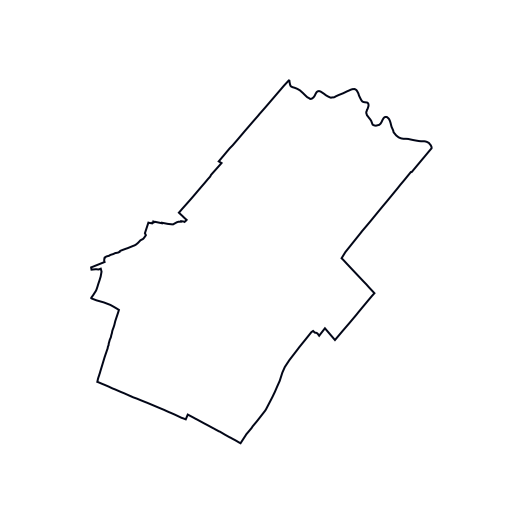 Foltesti, Galati, Romania (orthographic projection), rotated 312°
{"feature_id": "2599482B44549588747866", "entity_name": "Foltesti", "entity_type": "district", "adm_level": 2, "iso_a3": "ROU", "parent_name": "Romania", "parent_adm1": "Galati", "projection": "orthographic", "projection_center": [28.087, 45.725], "detail": "fine", "context": "isolated", "style": "outline", "palette": "ink", "viewbox_px": 512, "rotation_deg": 312, "n_neighbors": 0, "source": "geoboundaries", "source_scale": "gbopen_adm2", "svg_char_len": 5109}
<svg xmlns="http://www.w3.org/2000/svg" viewBox="0 0 512 512"><g transform="rotate(312 256 256)"><path d="M409.3,163.0L408.9,163.0L408.2,162.9L401.1,162.8L372.7,163.5L362.8,163.6L362.7,163.7L355.0,163.8L340.7,164.1L331.1,164.4L322.6,164.6L318.5,164.4L301.4,165.0L302.0,168.2L286.2,168.3L284.4,168.8L280.8,168.8L275.9,169.0L270.4,169.1L256.4,169.5L256.2,169.5L244.7,169.6L242.4,169.6L241.7,169.6L238.2,169.7L236.6,169.7L236.4,177.7L236.4,180.3L235.4,180.3L233.6,180.1L233.6,179.9L232.6,178.3L231.8,177.1L231.4,177.4L229.6,175.5L228.1,174.6L225.8,173.8L224.0,173.2L223.4,172.5L220.8,168.9L217.8,163.9L217.4,164.2L214.2,158.7L213.8,158.0L213.5,158.0L212.8,156.8L212.8,156.7L212.6,156.8L212.1,157.2L212.0,157.3L211.3,156.6L210.7,156.9L210.0,155.8L209.3,154.7L208.8,153.7L198.6,158.2L197.8,160.2L196.8,160.4L195.0,160.6L193.5,160.7L192.6,160.5L191.9,160.2L191.4,160.0L190.2,159.6L188.5,159.6L186.3,159.5L183.9,159.1L183.3,158.9L182.1,158.4L181.6,158.1L175.8,155.3L174.6,154.6L171.6,153.0L169.2,151.8L168.8,151.7L167.7,151.6L167.6,151.8L166.4,151.3L165.6,150.7L164.5,149.9L164.1,149.5L161.9,148.6L160.6,147.8L159.4,147.1L159.2,147.0L158.9,146.9L158.7,146.9L157.5,146.5L157.2,146.2L155.8,145.3L154.8,144.9L154.2,144.8L153.7,144.9L153.5,144.6L153.2,144.7L152.4,145.2L151.3,146.0L150.8,146.5L150.2,147.5L137.2,141.1L135.8,142.9L139.2,146.0L139.6,146.6L140.7,148.1L142.7,149.1L142.2,149.9L141.0,151.7L136.8,154.3L136.0,154.7L135.5,154.9L133.2,156.0L131.3,156.8L129.7,157.5L128.6,158.0L127.8,158.4L126.0,159.2L125.8,159.3L124.1,160.0L122.7,160.4L120.2,160.8L117.8,161.2L116.8,161.3L114.8,161.5L114.4,161.8L114.5,162.4L116.3,167.1L119.7,174.0L122.2,180.5L123.1,184.4L123.8,187.9L124.2,190.2L122.1,191.2L114.3,194.6L113.4,195.0L111.2,196.2L109.9,196.9L107.7,197.9L105.9,198.6L104.7,199.1L103.9,199.5L102.3,200.5L99.8,201.7L99.6,201.9L98.3,202.6L96.1,203.3L94.3,204.2L93.7,204.5L92.3,205.2L91.1,206.1L89.6,206.6L87.8,207.7L86.5,208.2L84.2,209.2L82.3,210.0L79.3,211.3L72.1,214.7L67.6,216.8L65.9,217.6L64.3,218.4L63.3,218.8L62.3,219.3L60.6,220.0L58.9,220.8L58.4,221.1L56.3,222.3L56.4,222.5L56.5,222.9L56.7,223.3L58.2,227.7L58.8,229.3L60.4,234.0L61.0,236.1L61.6,238.1L62.5,240.4L63.4,243.1L64.6,246.7L65.6,249.4L68.6,258.7L68.8,259.3L70.3,262.9L71.6,266.6L72.4,268.8L73.5,271.8L73.9,272.8L75.3,276.8L78.0,284.6L79.2,288.0L80.4,291.4L80.4,291.6L81.9,296.3L82.2,297.0L83.7,301.5L85.2,306.5L85.9,308.9L86.7,310.7L87.6,313.1L92.5,311.4L94.1,317.8L94.7,320.5L94.8,320.6L96.9,329.4L97.8,332.9L100.9,345.8L101.2,346.4L101.4,347.2L101.5,347.8L101.7,348.7L102.4,352.3L103.6,357.6L103.7,358.0L103.8,358.1L103.9,358.4L104.5,361.1L105.1,363.4L105.6,365.7L106.0,367.8L106.3,369.0L106.5,369.8L113.4,368.7L116.0,368.3L116.8,368.1L120.4,368.0L125.5,367.8L127.0,367.5L132.6,367.3L134.7,367.2L147.3,366.3L148.9,366.0L162.0,362.6L167.8,360.9L173.4,359.0L179.0,357.2L187.0,353.6L192.8,351.7L200.7,350.5L201.7,350.4L215.9,349.3L216.5,349.2L226.1,348.7L226.3,348.7L236.5,348.1L238.5,348.6L238.4,350.9L239.4,352.5L239.5,353.8L239.0,356.3L241.4,356.1L248.4,355.6L246.4,370.9L258.9,370.5L268.4,370.3L271.1,370.2L279.8,369.9L283.1,369.7L287.9,369.5L300.7,369.0L303.8,368.9L307.6,368.9L308.3,361.0L308.8,356.7L308.8,356.4L309.1,352.0L311.0,328.9L311.5,323.5L311.6,321.1L318.7,319.8L344.5,318.3L344.6,318.2L344.9,318.2L349.0,318.1L358.1,317.8L370.7,317.2L377.6,316.9L383.5,316.7L396.8,316.1L401.2,315.9L405.7,315.6L409.5,315.5L412.0,315.4L422.0,314.9L422.5,315.5L423.8,315.5L425.6,315.4L449.9,314.5L453.5,314.4L454.2,313.8L454.5,313.4L454.8,312.7L455.2,311.9L455.5,309.9L455.7,308.8L455.1,306.5L454.4,305.1L453.8,304.2L451.8,302.0L450.6,300.4L449.0,297.9L447.4,295.3L445.9,292.7L444.9,290.9L444.3,290.1L443.1,288.6L441.8,287.2L440.6,285.3L439.9,283.5L439.6,282.5L439.4,279.5L439.7,277.5L440.0,275.5L441.1,273.9L441.5,273.0L442.7,270.3L443.8,268.6L444.9,267.0L445.9,265.3L446.7,263.5L446.9,262.6L446.9,260.5L446.4,259.6L445.6,258.9L444.7,258.6L443.7,258.6L441.7,259.0L439.8,259.6L437.8,260.0L435.9,259.8L433.2,258.0L432.6,257.3L431.8,255.6L431.7,254.7L432.2,253.7L433.5,251.2L434.0,249.3L434.3,247.3L434.7,245.4L434.8,244.4L436.1,242.2L437.0,241.5L438.0,241.2L438.8,240.7L440.0,240.5L441.7,239.7L442.6,239.3L443.4,238.7L444.1,237.9L444.5,236.9L444.4,235.9L442.8,233.6L442.3,232.7L442.0,231.7L442.1,230.7L442.4,229.6L442.7,228.8L443.4,227.0L444.2,225.1L445.3,223.3L446.0,221.4L446.3,220.4L446.5,219.5L446.1,217.6L444.6,216.1L443.8,215.6L442.9,215.1L441.0,214.3L439.3,213.5L436.8,212.5L435.1,211.8L433.5,211.0L431.7,210.1L430.2,209.4L427.6,208.3L426.7,208.1L425.9,207.6L424.6,206.3L423.8,205.8L423.4,204.9L423.1,204.0L422.6,202.2L422.2,200.2L422.1,198.3L421.8,196.3L421.5,194.3L421.2,193.4L420.8,192.6L420.2,192.0L419.4,191.6L418.4,191.4L416.7,191.7L415.3,192.1L414.3,192.4L412.3,192.6L410.3,192.2L409.7,191.8L409.0,191.2L408.8,189.8L408.3,187.8L408.3,186.8L408.4,183.9L408.5,181.9L408.5,179.8L408.5,177.9L408.3,176.9L407.9,175.1L407.6,174.1L407.3,173.3L407.1,172.8L406.8,172.0L406.0,170.4L405.5,168.9L405.5,168.0L405.8,167.3L406.2,166.6L407.2,165.2L408.5,163.6L408.7,163.3L408.9,163.2L409.3,163.0Z" fill="none" stroke="#020617" stroke-width="2"/></g></svg>